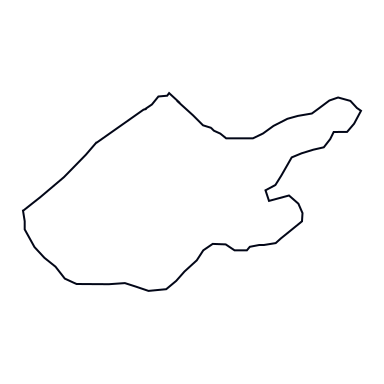 the district of Leksand, Dalarna, Sweden
{"feature_id": "70781695B69535190961561", "entity_name": "Leksand", "entity_type": "district", "adm_level": 2, "iso_a3": "SWE", "parent_name": "Sweden", "parent_adm1": "Dalarna", "projection": "orthographic", "projection_center": [15.093, 60.74], "detail": "fine", "context": "isolated", "style": "outline", "palette": "ink", "viewbox_px": 384, "rotation_deg": 0, "n_neighbors": 0, "source": "geoboundaries", "source_scale": "gbopen_adm2", "svg_char_len": 1114}
<svg xmlns="http://www.w3.org/2000/svg" viewBox="0 0 384 384"><path d="M23.0,210.6L24.7,221.2L24.7,229.4L34.5,247.1L44.4,257.8L55.5,266.7L64.8,278.6L73.2,282.5L76.6,284.0L91.9,284.1L109.0,284.2L124.9,283.1L136.1,286.7L148.5,290.9L166.2,289.2L176.2,280.9L184.5,271.5L196.8,260.3L203.3,250.3L212.7,243.9L225.7,244.4L234.5,250.3L246.9,250.3L249.8,246.8L259.2,245.0L262.6,245.0L263.9,245.0L275.7,243.1L276.7,242.2L280.9,238.4L289.7,231.3L302.0,221.3L302.5,213.1L298.4,203.7L289.0,195.5L269.0,200.9L265.5,190.3L275.4,185.0L281.3,175.6L291.7,157.4L301.6,153.3L313.3,149.7L323.8,147.3L330.2,139.1L333.7,132.0L347.1,131.9L354.1,123.7L361.0,110.8L356.8,107.9L356.3,107.3L350.4,100.9L338.1,97.5L329.4,100.5L318.3,108.8L311.9,113.5L297.9,115.9L287.4,118.8L273.5,125.9L263.0,133.5L253.0,138.3L239.0,138.3L226.1,138.3L220.3,133.6L213.9,130.7L211.1,127.9L211.3,127.9L203.0,125.3L193.0,115.3L178.2,101.9L178.6,101.8L169.1,93.1L167.2,95.7L158.4,96.5L151.9,104.5L144.9,109.2L145.0,109.3L143.6,109.6L96.6,142.7L96.3,142.6L85.9,154.7L64.0,177.1L40.5,197.0L23.4,210.5L23.0,210.6Z" fill="none" stroke="#020617" stroke-width="2"/></svg>